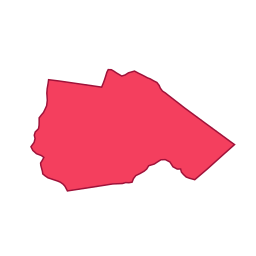 Massaranduba, Paraíba, Brazil (Equal Earth projection), rotated 75°
{"feature_id": "56859067B15048816693179", "entity_name": "Massaranduba", "entity_type": "district", "adm_level": 2, "iso_a3": "BRA", "parent_name": "Brazil", "parent_adm1": "Paraíba", "projection": "equal_earth", "projection_center": [-35.759, -7.193], "detail": "fine", "context": "isolated", "style": "filled", "palette": "rose", "viewbox_px": 256, "rotation_deg": 75, "n_neighbors": 0, "source": "geoboundaries", "source_scale": "gbopen_adm2", "svg_char_len": 1260}
<svg xmlns="http://www.w3.org/2000/svg" viewBox="0 0 256 256"><g transform="rotate(75 128 128)"><path d="M171.6,29.4L166.3,33.7L145.5,50.4L142.4,52.9L123.1,68.3L106.2,81.1L104.0,82.7L101.2,85.2L97.8,86.5L94.9,86.9L91.5,88.3L88.9,91.2L86.3,93.8L84.5,96.3L82.5,98.4L80.3,100.8L77.9,103.6L74.7,107.0L74.8,113.3L76.0,117.0L76.2,120.6L71.8,124.9L69.7,126.7L67.4,129.0L66.5,132.0L68.7,134.0L72.1,136.1L75.2,138.1L78.2,140.2L81.7,142.9L64.8,182.3L60.8,192.2L64.2,193.6L69.1,195.9L73.4,197.4L76.0,197.9L80.4,198.8L85.4,200.8L88.7,203.5L91.1,205.6L93.0,208.3L95.2,211.2L99.0,212.2L102.4,213.2L105.5,214.6L107.8,218.6L110.7,220.4L114.1,220.5L117.6,222.4L121.0,226.6L125.1,225.7L129.1,223.1L132.2,218.8L134.6,216.9L137.1,219.2L139.2,221.5L141.6,221.9L144.3,221.9L147.7,221.9L150.3,222.2L152.7,220.5L155.4,218.2L161.1,209.6L162.9,207.3L165.5,205.2L167.9,204.0L173.1,202.8L177.3,164.6L177.7,160.7L178.1,157.1L180.2,147.7L180.1,144.4L181.1,141.3L181.4,138.1L178.3,135.8L176.0,132.8L175.1,128.2L173.9,123.6L172.5,120.6L169.8,117.8L169.6,111.9L168.4,108.3L167.2,104.4L168.2,100.1L171.7,96.3L177.1,94.6L180.4,91.1L181.2,87.8L184.4,87.8L187.2,86.5L190.4,84.5L192.4,81.7L195.2,76.9L188.2,62.2L177.7,41.6L171.6,29.4Z" fill="#f43f5e" stroke="#9f1239" stroke-width="1.5"/></g></svg>